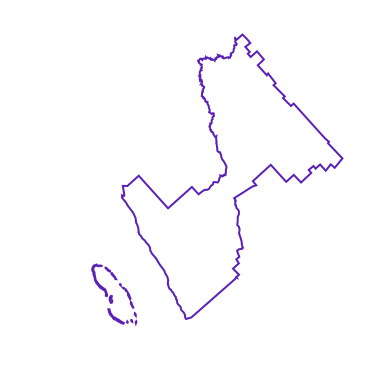 Othón P. Blanco, Quintana Roo, Mexico, rotated 138°
{"feature_id": "50627088B47039366190393", "entity_name": "Othón P. Blanco", "entity_type": "district", "adm_level": 2, "iso_a3": "MEX", "parent_name": "Mexico", "parent_adm1": "Quintana Roo", "projection": "natural_earth1", "projection_center": [-87.878, 18.437], "detail": "fine", "context": "isolated", "style": "outline", "palette": "violet", "viewbox_px": 384, "rotation_deg": 138, "n_neighbors": 0, "source": "geoboundaries", "source_scale": "gbopen_adm2", "svg_char_len": 6080}
<svg xmlns="http://www.w3.org/2000/svg" viewBox="0 0 384 384"><g transform="rotate(138 192 192)"><path d="M56.9,277.6L57.5,277.3L57.9,275.8L59.2,275.0L59.6,274.1L59.7,272.1L61.0,271.6L62.1,272.7L62.8,272.5L64.2,270.6L65.1,270.5L66.7,269.0L68.0,268.4L70.6,269.0L71.5,267.3L71.9,267.5L73.6,266.5L73.9,266.9L75.0,266.9L74.9,267.8L76.0,268.6L79.0,270.0L79.3,270.8L78.6,271.5L78.5,272.1L79.4,272.2L79.2,272.9L80.1,274.3L80.0,274.9L81.0,276.4L81.6,274.6L82.1,275.0L82.9,274.9L83.4,275.5L84.1,275.2L85.0,275.6L85.4,274.8L85.9,275.1L87.2,274.4L87.1,275.5L88.3,276.6L88.2,277.6L88.4,277.7L88.9,277.1L89.3,277.4L89.2,278.5L88.8,279.2L89.8,279.4L90.7,281.8L91.4,281.7L91.8,282.1L91.7,282.7L92.7,281.8L93.4,282.9L94.2,283.5L95.8,283.2L95.6,283.9L95.9,284.4L96.2,284.4L96.2,285.2L97.0,285.5L98.6,285.2L99.6,285.5L99.9,284.6L99.5,284.4L100.3,283.8L100.4,283.2L100.0,281.4L100.3,281.1L99.6,280.2L100.2,280.0L100.7,278.8L101.9,278.1L101.8,277.6L103.4,277.3L103.4,276.8L103.9,276.6L103.8,276.2L104.5,276.5L106.1,275.9L107.6,274.0L107.4,273.7L107.7,273.1L108.9,272.2L108.9,271.8L109.3,271.8L109.4,272.2L110.0,270.6L110.3,271.0L110.6,270.8L110.6,270.3L111.0,269.9L110.5,269.9L110.8,269.4L110.4,269.5L110.0,268.5L110.6,268.0L110.8,267.3L111.6,266.9L111.6,266.5L112.7,266.2L112.3,266.0L112.3,265.6L113.2,264.6L112.8,264.4L113.0,263.1L112.6,262.3L113.2,261.4L114.5,261.2L115.7,260.3L116.0,260.4L116.5,259.8L117.0,259.8L117.1,259.0L118.3,258.8L120.0,257.1L120.5,256.9L120.1,254.9L120.7,254.8L120.9,254.3L120.7,253.4L120.1,253.4L120.1,252.9L120.6,251.1L121.4,250.6L121.2,249.4L120.2,248.6L121.5,247.2L121.6,246.0L122.4,244.1L123.0,243.6L123.6,241.8L124.5,240.5L125.9,239.8L125.4,238.6L125.2,236.7L123.6,236.5L123.3,235.9L124.9,233.8L126.8,233.9L127.8,232.4L129.1,232.3L131.5,230.1L132.8,230.7L133.3,229.6L133.8,229.7L134.8,228.8L135.3,228.9L135.8,227.3L136.9,225.7L137.0,225.1L136.6,225.0L137.1,224.2L136.8,223.9L136.7,223.2L137.0,223.0L136.6,221.8L137.2,221.1L138.0,217.6L137.8,217.2L136.7,217.1L137.8,216.2L140.7,212.2L141.2,212.2L141.9,210.7L145.7,205.3L145.5,203.9L144.7,203.1L144.6,202.6L145.3,201.5L145.6,200.0L146.1,199.5L147.5,197.0L148.1,192.4L149.2,188.3L149.6,187.5L152.7,185.2L153.4,184.0L154.1,183.8L155.6,182.2L155.9,182.2L156.2,183.0L156.9,182.9L157.3,183.5L158.3,183.0L158.9,183.2L159.1,184.3L159.9,185.4L160.6,184.4L162.7,183.8L164.2,182.5L166.4,181.8L168.7,184.4L169.7,184.9L171.6,183.6L173.9,183.9L177.4,182.9L179.9,183.8L180.7,184.9L183.0,185.5L188.6,185.9L188.7,195.8L220.7,195.9L220.7,239.7L236.0,239.7L239.3,242.8L244.4,234.9L245.5,234.6L246.1,236.1L246.4,235.5L247.1,235.6L247.8,234.5L248.2,227.9L248.9,224.7L249.5,217.0L250.2,213.9L251.4,210.3L254.0,206.7L254.5,204.6L256.0,201.3L257.6,198.9L258.6,198.2L258.5,197.7L259.3,196.4L259.5,195.4L259.4,192.9L259.9,191.5L259.9,189.7L259.5,188.0L259.9,184.9L259.8,181.8L260.4,178.8L262.3,176.2L262.5,174.7L263.0,173.4L263.1,167.2L264.6,159.3L265.2,152.2L266.3,149.3L267.2,145.1L269.0,142.0L269.5,141.8L271.1,140.3L271.2,139.6L271.7,139.5L273.3,135.9L273.5,134.6L273.0,133.7L273.6,131.5L273.4,129.5L274.3,126.7L274.2,125.0L275.0,124.0L275.1,123.1L275.6,122.8L275.6,121.6L277.3,119.3L277.5,118.1L277.3,115.0L277.7,113.6L278.9,111.7L278.8,107.8L279.6,105.0L280.9,103.7L281.4,101.6L276.4,99.2L218.0,98.5L216.2,99.1L216.0,98.5L215.8,99.1L212.4,99.1L212.8,107.6L204.9,107.6L204.1,112.3L200.2,112.2L198.1,117.7L197.6,118.2L195.4,118.0L192.6,116.2L191.4,116.6L191.4,117.6L191.0,117.8L189.4,120.7L188.7,121.2L186.8,124.9L184.8,129.7L181.6,132.4L180.4,134.9L180.5,137.1L176.8,140.5L174.7,142.9L172.0,144.1L170.3,146.0L169.7,147.1L169.6,150.5L168.2,152.7L168.5,153.3L167.4,154.8L166.0,155.8L165.9,156.6L165.1,156.7L164.8,159.2L143.4,155.6L139.8,154.0L139.5,159.3L115.3,159.5L115.2,136.5L104.9,136.6L104.6,126.1L90.6,126.4L90.5,130.3L84.3,130.0L84.5,126.7L78.4,126.7L78.4,118.3L70.4,119.7L69.7,114.5L57.7,116.3L58.3,137.2L56.6,137.6L57.3,142.7L57.3,189.7L60.9,189.7L61.5,200.9L59.1,200.9L59.9,216.8L57.1,216.8L56.1,229.2L58.3,228.7L58.3,242.2L49.9,242.4L49.6,253.0L58.1,253.1L58.0,257.4L55.3,257.4L55.3,264.1L49.0,263.7L48.8,268.6L49.1,275.2L56.9,275.3L56.9,277.6ZM318.2,201.0L318.7,200.1L319.0,198.4L320.4,196.7L321.7,193.4L322.9,191.8L323.9,188.7L324.3,182.5L322.7,176.7L323.8,174.3L325.5,172.5L325.1,171.7L324.4,171.8L323.7,172.7L321.8,177.3L321.8,178.5L322.4,180.3L323.1,185.3L322.5,190.9L319.2,196.5L318.3,197.4L317.8,199.6L316.7,201.1L314.9,201.9L315.1,202.8L316.7,202.2L318.2,201.0ZM331.0,140.0L330.3,140.3L330.3,140.6L331.3,142.9L332.1,146.7L332.7,147.8L333.2,149.1L333.1,149.8L334.0,151.5L334.1,152.4L333.5,156.6L331.9,160.1L332.4,160.8L333.1,160.1L334.9,156.2L334.8,152.6L335.2,149.6L334.2,148.4L333.9,146.7L332.0,141.3L331.0,140.0ZM325.8,163.4L324.2,164.2L323.7,165.4L323.9,166.6L321.9,167.6L321.2,168.3L321.2,168.6L321.5,168.7L321.4,168.2L321.5,168.6L323.3,168.8L324.6,167.8L325.6,166.5L326.4,164.4L326.4,163.8L325.8,163.4ZM306.1,185.5L306.7,184.9L306.7,180.0L307.2,178.5L306.7,178.0L306.1,181.1L306.1,183.3L305.8,184.6L305.8,185.3L306.1,185.5ZM306.9,193.6L307.2,193.2L306.9,189.4L306.5,188.1L306.0,187.7L305.7,188.1L306.3,189.8L306.5,193.3L306.9,193.6ZM307.3,159.9L308.5,158.3L309.7,153.7L309.2,153.8L307.7,157.4L307.1,159.7L307.3,159.9ZM311.1,150.9L312.2,149.9L313.4,144.7L312.9,145.3L312.3,148.0L311.1,150.3L311.1,150.9ZM312.7,201.9L311.6,200.1L311.4,200.2L311.4,201.9L312.3,202.3L312.7,201.9ZM315.6,140.1L316.5,139.3L316.6,137.7L316.0,138.3L315.5,139.7L315.6,140.1ZM306.7,164.6L307.3,162.4L306.8,161.7L306.4,163.9L306.7,164.6ZM323.0,137.5L323.5,136.2L323.3,135.6L322.5,136.7L322.7,137.5L323.0,137.5ZM311.0,199.8L310.9,199.3L310.1,198.5L309.5,198.6L309.6,199.2L311.0,199.8ZM320.0,133.2L321.0,133.0L321.5,132.0L320.2,132.7L320.0,133.2ZM314.1,202.9L314.3,202.4L313.4,201.8L313.8,202.9L314.1,202.9ZM327.3,138.0L326.8,138.2L326.7,139.1L327.1,138.9L327.0,138.6L327.4,138.5L327.3,138.0ZM307.3,171.7L307.6,171.1L307.3,170.5L306.9,170.8L307.0,171.6L307.3,171.7ZM307.4,167.0L307.4,165.9L307.2,165.8L306.9,166.2L307.4,167.0ZM308.8,197.8L308.8,197.5L308.3,196.8L308.4,197.6L308.8,197.8Z" fill="none" stroke="#5b21b6" stroke-width="2"/></g></svg>